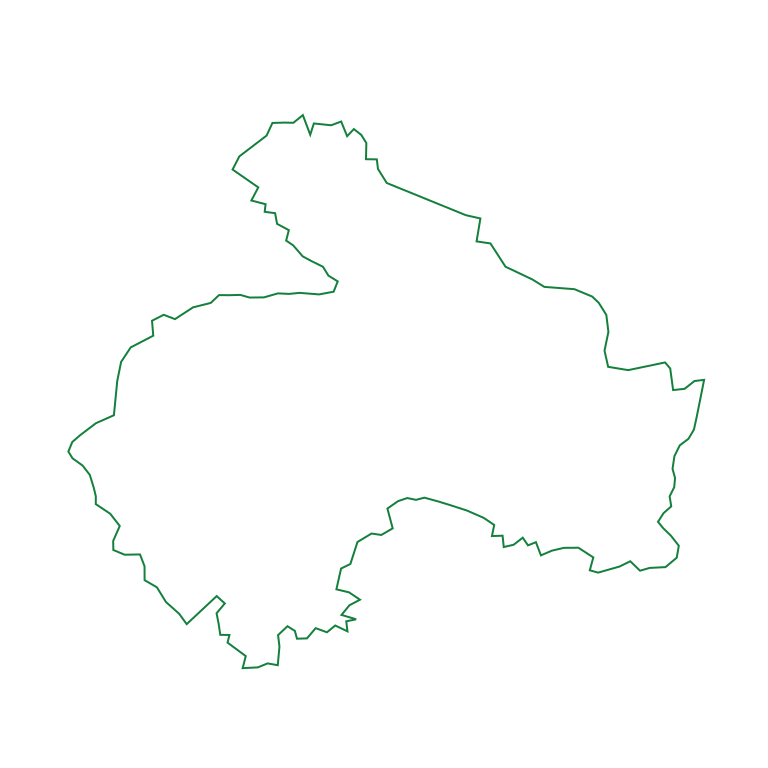 Ernestina, Rio Grande do Sul, Brazil (Mercator projection), rotated 266°
{"feature_id": "56859067B68568949891586", "entity_name": "Ernestina", "entity_type": "district", "adm_level": 2, "iso_a3": "BRA", "parent_name": "Brazil", "parent_adm1": "Rio Grande do Sul", "projection": "mercator", "projection_center": [-52.561, -28.425], "detail": "fine", "context": "isolated", "style": "outline", "palette": "green", "viewbox_px": 768, "rotation_deg": 266, "n_neighbors": 0, "source": "geoboundaries", "source_scale": "gbopen_adm2", "svg_char_len": 2292}
<svg xmlns="http://www.w3.org/2000/svg" viewBox="0 0 768 768"><g transform="rotate(266 384 384)"><path d="M657.9,321.8L650.9,311.8L651.7,303.1L652.2,290.9L640.0,284.2L621.2,255.6L608.5,247.9L588.9,272.3L576.3,264.5L571.6,278.4L564.1,277.0L562.0,287.3L551.2,288.5L544.1,299.8L533.9,296.4L528.6,303.1L517.0,311.8L511.9,319.8L505.2,331.3L496.0,336.1L489.6,345.0L479.6,340.2L477.9,325.5L480.8,306.1L480.5,295.5L481.8,284.6L478.8,270.3L479.6,256.0L482.9,246.9L483.4,235.6L484.2,225.6L477.0,216.9L473.8,198.9L463.3,180.0L468.4,169.1L463.3,157.0L448.3,157.2L438.2,133.9L424.4,123.3L405.6,118.1L371.7,112.4L365.0,93.9L354.4,77.7L347.9,69.0L338.6,64.4L331.6,68.1L323.6,77.7L313.8,84.2L300.9,87.2L292.1,88.7L284.3,88.1L273.7,101.8L260.8,110.5L246.4,102.9L237.3,102.4L231.8,113.3L231.0,128.7L218.9,132.4L205.0,131.5L197.0,143.3L181.7,151.3L169.0,163.7L158.2,170.4L184.1,202.3L176.2,209.9L167.0,201.0L156.4,202.3L145.2,203.2L144.4,212.3L136.9,209.9L122.2,227.1L110.4,223.2L110.1,238.4L113.4,248.4L110.9,258.4L129.4,261.4L140.9,260.8L149.1,270.8L143.9,277.9L136.0,279.4L135.6,289.4L145.2,298.8L140.3,309.8L146.5,318.5L139.8,330.3L149.9,329.8L151.2,339.8L156.6,325.5L165.7,334.1L170.5,345.0L178.6,334.6L182.5,322.2L202.9,328.3L206.8,337.9L228.2,346.5L235.7,361.1L233.6,370.8L239.4,382.6L259.5,378.7L266.2,389.9L268.6,399.3L266.2,407.9L267.8,416.4L262.9,430.3L258.7,441.2L252.0,457.9L243.5,474.1L235.7,484.1L224.8,481.1L224.4,491.7L213.0,492.1L214.6,502.1L221.0,511.7L213.0,516.4L215.6,524.5L202.1,528.6L206.0,539.7L208.0,552.0L207.1,566.5L196.4,580.7L183.8,576.3L180.9,584.4L185.5,606.3L190.0,617.3L179.9,626.4L182.0,636.2L181.7,652.0L190.3,663.9L202.1,666.8L212.7,659.6L220.5,652.6L227.4,647.7L235.7,653.9L241.9,662.0L252.0,661.1L260.8,666.3L269.9,667.8L279.2,665.9L291.8,668.7L302.2,674.8L308.1,683.9L316.9,690.0L328.5,693.4L352.9,700.1L365.8,703.6L365.3,693.9L358.2,683.5L357.8,672.0L379.5,670.6L385.9,665.9L380.8,628.6L385.5,608.8L401.9,606.3L420.3,611.5L437.4,610.6L450.0,603.9L456.7,597.8L465.3,580.6L469.7,550.7L478.0,539.2L492.5,513.4L516.8,500.0L519.8,486.3L542.4,491.7L546.7,477.4L584.3,400.8L598.9,393.0L608.6,392.5L609.5,381.7L625.6,383.2L634.1,378.7L640.4,371.7L633.8,364.5L648.8,359.6L645.8,349.3L648.8,332.2L637.8,327.8L657.9,321.8Z" fill="none" stroke="#15803d" stroke-width="2"/></g></svg>